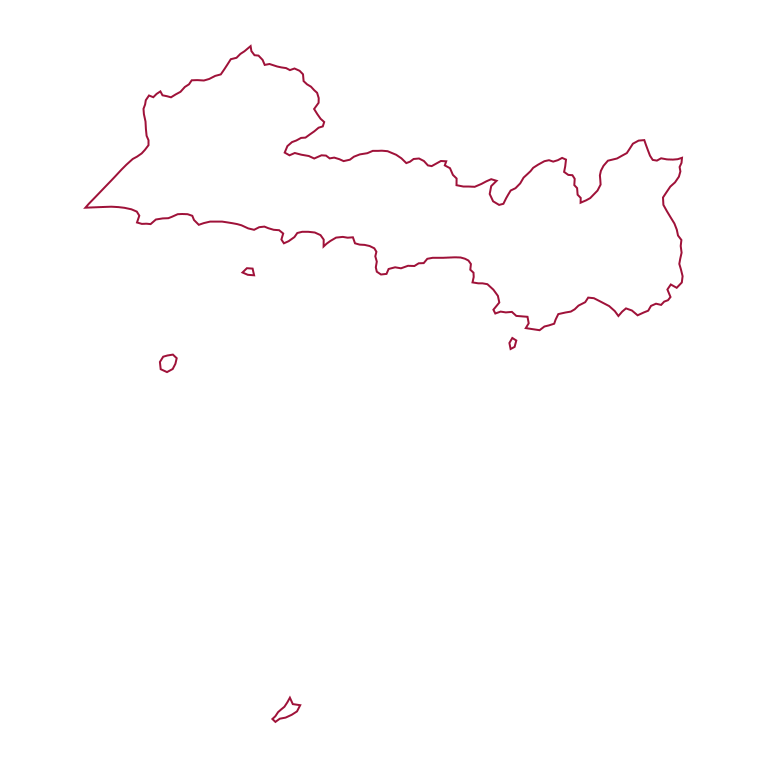 São Sebastião, São Paulo, Brazil (orthographic projection)
{"feature_id": "56859067B23083476078410", "entity_name": "São Sebastião", "entity_type": "district", "adm_level": 2, "iso_a3": "BRA", "parent_name": "Brazil", "parent_adm1": "São Paulo", "projection": "orthographic", "projection_center": [-45.612, -23.878], "detail": "fine", "context": "isolated", "style": "outline", "palette": "rose", "viewbox_px": 768, "rotation_deg": 0, "n_neighbors": 0, "source": "geoboundaries", "source_scale": "gbopen_adm2", "svg_char_len": 4607}
<svg xmlns="http://www.w3.org/2000/svg" viewBox="0 0 768 768"><path d="M85.4,207.7L97.6,207.2L102.9,207.0L111.3,206.7L118.4,207.1L124.4,207.8L131.4,209.3L136.8,211.6L139.3,215.7L137.0,222.5L141.9,223.9L146.5,223.7L150.6,224.1L155.9,219.5L162.8,218.4L168.3,218.2L171.9,216.8L177.7,214.2L182.2,214.0L187.6,214.2L192.3,215.8L194.0,220.0L198.8,224.8L203.8,223.1L210.1,221.6L216.9,221.6L222.1,221.6L227.4,222.4L232.4,223.2L237.2,224.1L241.5,225.3L248.2,228.4L254.1,229.8L259.2,227.2L264.4,226.6L268.3,228.2L273.7,229.8L279.1,230.2L283.2,233.5L281.4,239.5L283.9,243.3L288.6,241.2L294.4,237.1L297.3,233.0L302.2,231.8L308.3,231.8L314.8,232.5L320.5,235.1L323.7,239.6L323.6,246.5L326.6,243.7L330.3,241.0L336.1,237.6L342.8,236.9L347.6,237.7L352.9,237.3L355.0,243.3L359.6,244.6L364.6,244.9L369.6,246.0L374.3,248.3L376.4,251.8L375.3,256.3L376.8,261.6L375.8,267.3L376.8,271.7L381.0,274.5L386.5,273.9L388.6,269.0L395.1,267.3L401.0,268.3L408.0,265.8L414.4,266.0L418.7,263.3L423.7,263.1L427.3,258.8L432.7,257.8L437.6,257.8L443.0,257.8L447.8,257.6L455.0,257.3L460.6,257.5L464.9,258.7L468.4,260.5L470.9,264.0L470.3,269.7L473.5,272.7L473.7,277.0L472.5,282.4L478.1,283.3L482.3,283.3L487.4,284.2L493.4,289.7L497.9,295.9L499.3,302.5L496.8,305.6L493.4,309.7L495.3,313.5L500.6,311.6L505.8,312.4L511.9,311.9L516.3,315.9L522.4,316.4L527.5,316.8L528.7,323.3L525.8,328.1L531.6,329.0L539.6,330.2L544.4,326.5L548.9,325.4L554.2,323.7L555.6,319.6L558.3,314.1L565.5,312.5L570.8,311.6L574.7,309.3L578.5,305.6L585.2,302.2L588.2,297.6L593.9,298.2L599.4,301.0L604.4,303.6L609.2,306.1L614.8,311.1L618.4,316.0L622.2,311.6L626.0,308.4L631.9,310.5L637.6,315.3L643.7,312.5L648.2,310.7L651.0,305.9L656.0,303.7L661.1,304.9L664.2,301.6L668.0,300.2L670.5,297.0L667.4,289.5L670.8,284.5L676.7,287.8L681.8,282.5L682.6,276.2L680.9,269.3L679.3,263.9L680.2,258.9L681.6,252.7L680.7,246.0L681.4,240.0L678.0,235.5L676.8,229.7L674.4,223.5L670.7,217.5L666.9,211.2L663.4,204.9L663.0,197.5L666.3,192.5L670.3,186.6L675.0,182.4L678.9,176.7L680.4,171.4L679.6,167.0L681.5,162.9L682.0,157.8L677.7,159.2L672.9,159.6L667.0,159.4L661.1,158.3L656.9,160.6L652.7,159.9L650.0,155.7L647.9,150.2L645.8,144.5L644.3,140.1L638.6,140.6L632.9,143.7L629.9,148.4L626.8,153.1L622.0,155.7L617.0,158.5L607.9,160.7L603.5,165.8L600.9,170.8L599.9,175.4L600.3,180.0L600.6,184.6L597.5,190.6L590.2,198.1L586.0,200.4L580.6,202.7L580.7,197.9L577.6,194.7L577.1,188.1L574.3,185.1L574.7,178.8L572.4,175.2L568.3,174.9L564.1,171.9L565.2,166.4L566.0,159.6L562.1,157.9L557.8,160.2L553.2,161.6L549.0,160.2L544.4,161.2L538.2,164.6L533.2,167.8L530.5,171.2L527.3,174.2L523.6,177.6L520.2,183.4L515.5,188.2L510.7,190.5L508.2,194.6L506.1,198.3L503.4,203.8L499.1,204.9L493.1,201.3L489.7,194.0L491.2,186.1L496.6,180.8L491.2,179.2L486.4,181.3L481.5,183.9L474.7,186.8L468.0,186.5L463.2,186.5L456.5,185.2L456.6,178.5L452.9,174.9L450.0,168.2L444.8,165.4L446.2,161.3L440.9,161.0L431.7,166.1L427.9,165.4L423.9,161.0L419.0,158.5L413.6,159.0L410.0,161.7L406.3,163.1L401.4,158.3L396.2,154.8L387.6,151.2L381.8,150.7L377.2,150.9L372.7,150.9L367.3,153.2L359.8,154.4L353.9,156.7L349.9,159.7L343.6,161.1L339.4,159.2L334.2,157.6L329.7,158.4L326.0,155.6L321.5,155.3L314.2,158.5L308.8,156.0L301.3,154.7L294.8,153.0L289.5,155.3L284.7,152.6L287.4,146.1L292.0,142.1L296.3,140.5L301.1,137.9L305.5,137.6L309.9,134.4L314.2,131.4L318.6,127.7L322.8,126.4L324.2,122.0L320.6,118.8L317.3,114.1L314.1,109.0L318.6,102.8L318.7,98.1L317.1,92.8L314.1,90.1L311.0,86.7L307.0,84.3L303.6,81.1L303.0,74.3L299.6,70.8L294.5,68.5L289.9,70.1L286.1,68.1L281.3,67.4L277.2,66.5L269.5,64.0L264.7,64.9L262.6,59.9L258.5,55.6L254.5,55.2L251.4,51.1L250.6,46.1L244.4,51.3L240.4,53.9L236.5,57.8L230.8,59.2L227.5,64.4L224.5,69.0L220.8,74.4L215.2,75.9L209.1,79.0L203.9,80.5L197.3,80.1L191.7,80.3L189.0,84.3L184.8,87.0L180.5,91.8L175.7,94.4L171.0,97.3L166.9,96.2L162.5,95.3L160.4,91.4L156.6,93.9L153.3,97.2L149.0,95.5L145.8,100.2L145.1,104.5L143.5,108.8L143.9,114.1L145.5,121.5L145.9,128.9L146.6,135.8L148.5,140.2L148.5,145.2L144.9,149.9L141.7,153.4L137.1,156.6L132.7,159.0L126.4,164.7L121.6,169.5L114.9,176.7L111.1,180.7L105.4,186.6L95.8,196.6L88.8,203.8L85.4,207.7ZM279.8,718.7L285.6,717.6L291.7,714.8L297.0,711.4L300.2,705.2L292.8,704.1L289.9,697.7L287.3,702.4L284.4,706.8L281.2,709.4L278.1,712.1L275.3,716.3L272.4,719.0L275.4,721.9L279.8,718.7ZM172.7,369.0L175.4,363.8L176.7,358.2L172.9,354.6L167.4,355.5L163.2,356.7L159.9,362.0L160.7,369.2L167.0,372.1L172.7,369.0ZM252.6,268.6L246.9,268.2L242.5,272.5L247.8,274.8L254.1,275.3L252.6,268.6ZM514.6,346.9L516.3,340.5L512.3,338.0L509.4,343.0L510.6,349.0L514.6,346.9Z" fill="none" stroke="#9f1239" stroke-width="2"/></svg>